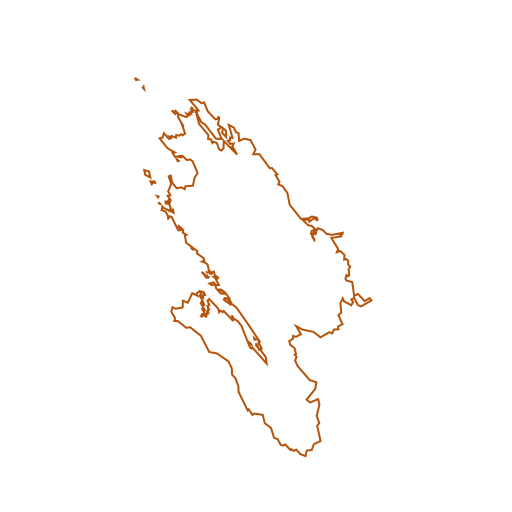 Kenmare Lea-6, Kerry, Ireland, rotated 73°
{"feature_id": "5873133B7020974913459", "entity_name": "Kenmare Lea-6", "entity_type": "district", "adm_level": 2, "iso_a3": "IRL", "parent_name": "Ireland", "parent_adm1": "Kerry", "projection": "natural_earth1", "projection_center": [-9.998, 51.923], "detail": "fine", "context": "isolated", "style": "outline", "palette": "amber", "viewbox_px": 512, "rotation_deg": 73, "n_neighbors": 0, "source": "geoboundaries", "source_scale": "gbopen_adm2", "svg_char_len": 6151}
<svg xmlns="http://www.w3.org/2000/svg" viewBox="0 0 512 512"><g transform="rotate(73 256 256)"><path d="M334.9,170.4L332.3,158.7L329.5,159.6L330.9,165.3L322.1,169.6L322.9,173.8L309.1,171.6L305.9,176.7L303.9,177.1L300.7,175.1L302.2,174.2L301.7,172.5L295.6,171.2L293.8,169.0L291.1,170.4L287.6,169.2L285.1,170.9L285.3,172.7L280.7,171.1L275.8,174.0L276.0,177.5L273.3,175.4L260.7,178.7L262.2,168.8L260.1,168.3L261.1,168.6L259.6,169.9L259.3,166.6L261.0,167.5L259.2,166.3L257.9,177.6L255.3,182.2L250.6,184.6L247.5,188.8L249.3,190.2L249.4,193.0L251.2,191.6L252.6,192.7L250.7,194.0L253.7,196.2L256.9,195.3L257.7,195.3L258.0,195.6L254.0,196.6L251.3,195.5L251.6,196.4L251.0,197.0L248.3,195.4L247.8,191.3L243.4,194.0L242.0,197.1L234.6,201.0L236.8,194.8L238.7,195.0L236.8,189.3L239.4,187.4L238.4,186.6L240.3,187.0L238.7,186.5L237.1,186.6L234.6,191.0L235.4,195.2L233.6,202.2L216.7,208.8L205.0,207.5L196.9,210.3L194.0,213.8L191.9,211.8L184.4,213.7L184.2,211.8L176.6,215.0L176.0,217.2L159.6,223.0L157.9,228.8L154.0,225.3L143.5,227.4L140.3,233.1L141.1,238.5L133.5,236.8L131.9,238.9L126.8,239.6L122.7,243.7L136.2,243.9L135.1,246.2L137.5,247.0L137.6,249.3L141.3,247.8L141.9,244.4L144.2,246.5L153.5,244.4L136.5,253.2L143.6,255.6L145.0,258.2L143.3,260.1L136.5,260.4L134.3,263.3L135.2,264.7L131.2,265.0L130.2,267.6L126.4,266.2L113.1,271.8L99.3,271.2L97.4,275.2L99.7,274.4L99.2,277.1L101.2,276.6L100.2,278.4L101.7,278.6L99.7,280.8L102.0,280.2L102.8,282.1L97.7,288.7L100.2,290.0L111.2,287.3L110.0,288.3L118.1,288.0L119.2,290.9L117.6,292.1L118.4,294.4L117.0,296.9L119.4,297.9L116.5,301.6L117.9,302.2L116.8,303.6L118.6,303.0L118.6,305.0L111.7,308.2L115.4,310.6L115.4,313.8L127.0,309.1L133.2,303.4L133.1,305.7L138.3,304.1L137.7,301.9L139.3,299.9L139.7,298.6L139.1,298.6L139.3,299.5L138.1,300.0L138.6,297.2L144.2,293.9L144.3,291.0L146.6,289.0L159.6,287.6L163.5,292.1L170.3,295.7L168.7,303.1L171.2,304.7L168.5,307.3L168.1,312.0L161.2,314.8L154.2,314.0L154.3,316.2L162.1,316.0L168.6,321.1L172.9,320.2L172.7,322.9L177.6,321.2L180.3,323.1L179.4,323.9L185.1,323.6L187.3,325.2L187.2,321.9L190.5,322.1L182.7,330.6L181.2,331.1L184.6,332.9L187.0,329.5L194.1,328.2L192.8,326.8L194.0,325.2L208.7,322.9L209.2,320.5L207.9,320.3L207.9,320.7L207.3,320.5L206.1,321.1L204.8,321.3L204.6,321.1L210.0,317.9L212.3,319.2L215.4,316.3L215.7,318.1L223.0,318.9L234.3,310.6L236.3,311.7L242.7,306.7L247.1,306.9L249.9,304.8L256.4,305.2L258.5,303.6L258.6,300.8L262.4,301.1L266.1,297.9L264.5,299.9L266.3,299.6L265.9,301.3L272.9,300.0L272.2,302.6L268.8,304.3L268.7,308.6L270.8,307.0L271.4,303.3L275.3,303.6L281.7,300.6L282.8,297.3L278.9,298.6L279.0,300.7L276.6,301.8L278.9,299.8L277.6,300.2L278.0,299.0L281.9,296.3L289.4,293.5L288.1,294.8L290.5,293.8L294.3,293.5L299.7,289.8L313.8,285.1L339.0,277.4L339.2,278.8L346.2,277.6L346.3,279.5L355.6,276.2L362.0,277.3L342.2,286.3L343.2,287.3L341.6,288.5L318.3,290.4L313.0,292.5L310.0,295.0L310.9,297.1L298.4,303.3L299.6,303.3L300.0,304.3L297.9,305.8L299.0,307.8L295.3,307.5L283.4,313.4L284.7,315.5L289.3,315.0L289.6,317.1L294.2,316.3L292.6,317.3L297.8,318.6L295.4,319.2L299.5,321.3L296.6,324.4L297.4,324.6L298.0,325.4L297.6,326.2L295.8,324.3L297.3,321.5L290.0,323.2L293.7,320.5L285.0,322.6L284.0,321.6L288.3,319.6L276.4,321.3L280.4,318.7L277.5,317.9L278.3,316.2L275.8,316.3L273.9,318.8L275.4,319.5L273.2,320.5L274.8,324.1L276.8,323.7L272.9,327.8L280.7,334.8L277.4,339.0L283.8,341.2L282.9,348.3L280.6,350.8L284.5,353.3L291.9,351.5L294.3,353.1L295.4,349.7L304.2,343.7L304.9,339.8L316.2,332.0L334.1,328.8L337.8,321.8L348.9,313.0L356.5,312.0L362.4,313.6L367.2,311.3L375.8,311.0L380.8,312.4L401.2,309.1L400.5,307.8L407.0,305.9L406.1,303.9L409.9,296.0L418.5,296.5L424.8,291.9L435.1,291.9L437.5,288.9L444.0,287.5L445.3,285.5L444.7,283.2L451.6,279.8L451.0,278.8L453.4,277.0L452.9,274.1L458.2,271.7L461.8,267.2L456.9,264.3L457.9,259.5L452.8,255.6L451.8,248.4L436.2,247.1L434.3,244.4L426.7,244.7L416.6,238.8L411.0,238.4L411.9,247.0L408.1,249.6L400.4,238.2L394.4,235.2L390.4,240.9L373.6,248.3L367.3,249.2L364.4,246.6L361.7,247.8L361.5,246.4L355.3,246.1L350.9,249.2L347.2,249.2L345.9,244.9L343.3,243.8L345.0,241.6L344.0,235.9L334.8,238.1L339.9,233.1L345.4,223.2L352.6,218.1L350.3,208.2L352.3,205.9L349.1,202.9L350.2,198.6L347.3,198.0L346.5,193.2L336.7,194.5L335.1,191.0L325.8,189.1L321.9,185.4L325.0,185.1L331.0,179.3L328.4,176.6L325.4,177.5L324.9,174.3L332.5,173.0L334.9,170.4ZM113.3,255.0L103.3,259.9L93.9,260.7L94.0,263.4L89.1,267.0L87.4,273.7L100.0,268.5L99.7,269.8L102.8,270.9L112.4,269.1L114.8,266.5L132.1,260.0L134.1,254.6L124.0,255.5L122.8,251.3L119.3,254.0L113.2,250.7L112.1,251.4L113.6,252.5L113.3,255.0ZM145.9,338.2L150.0,334.1L144.0,333.6L141.1,337.8L145.9,338.2ZM295.8,294.0L288.3,295.7L287.2,298.1L289.7,298.1L287.6,300.1L295.8,294.0ZM128.2,252.4L133.5,249.7L127.3,248.0L124.2,250.2L128.2,252.4ZM96.2,289.3L93.6,290.5L94.4,291.8L92.2,294.1L96.7,291.7L96.2,289.3ZM153.8,335.1L156.9,334.7L155.6,332.6L156.5,331.1L155.1,331.1L153.8,335.1ZM178.6,324.1L177.4,326.5L179.2,327.0L180.7,324.8L178.6,324.1ZM258.6,310.3L255.3,312.7L260.5,310.2L258.6,310.3ZM258.8,305.6L260.9,303.0L256.7,305.4L258.8,305.6ZM52.9,317.5L51.6,318.7L50.2,319.6L52.6,319.3L52.9,317.5ZM142.5,302.1L139.7,303.6L142.5,303.1L142.5,302.1ZM344.3,280.7L340.8,280.7L340.3,281.6L341.4,282.1L344.3,280.7ZM339.4,286.4L337.8,286.8L336.9,287.5L338.5,287.9L339.4,286.4ZM230.3,315.4L232.2,313.3L229.7,315.4L230.3,315.4ZM176.0,333.8L178.2,332.8L178.9,331.8L176.0,333.8ZM344.3,280.5L346.6,280.5L346.7,280.0L344.3,280.5ZM307.7,295.8L305.6,296.9L309.6,296.1L307.7,295.8ZM335.7,281.9L335.9,280.6L333.9,281.8L335.7,281.9ZM263.2,301.5L263.5,302.7L264.5,301.5L263.2,301.5ZM260.7,309.0L261.4,310.3L262.2,309.6L260.7,309.0ZM146.7,246.4L144.9,246.7L144.9,247.3L146.7,246.4ZM61.1,314.0L61.9,315.1L63.6,314.2L61.1,314.0ZM262.3,307.3L261.3,308.5L262.6,307.8L262.3,307.3ZM171.3,332.5L170.6,331.8L169.8,333.0L171.3,332.5ZM177.6,323.9L177.5,322.7L176.9,323.1L177.6,323.9ZM97.2,273.5L95.8,273.8L94.5,274.6L96.2,274.1L97.2,273.5ZM245.6,308.4L245.6,309.1L246.3,308.2L245.6,308.4ZM194.1,329.0L193.9,328.6L193.0,328.8L194.1,329.0ZM256.5,307.9L255.9,308.1L258.3,307.3L256.5,307.9Z" fill="none" stroke="#b45309" stroke-width="2"/></g></svg>